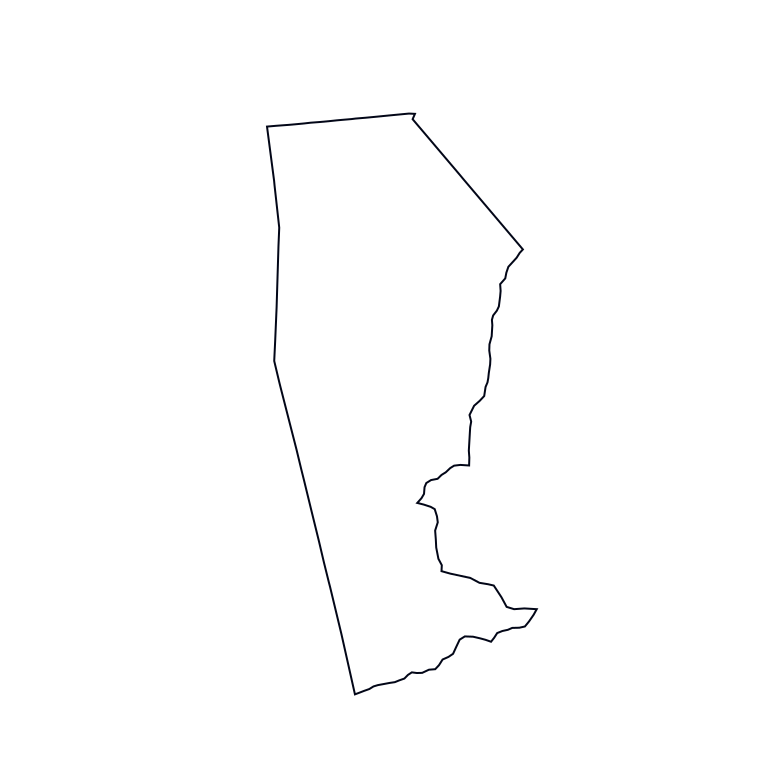 São José da Tapera, Alagoas, Brazil, rotated 238°
{"feature_id": "56859067B81495136309648", "entity_name": "São José da Tapera", "entity_type": "district", "adm_level": 2, "iso_a3": "BRA", "parent_name": "Brazil", "parent_adm1": "Alagoas", "projection": "albers", "projection_center": [-37.538, -9.529], "detail": "fine", "context": "isolated", "style": "outline", "palette": "ink", "viewbox_px": 768, "rotation_deg": 238, "n_neighbors": 0, "source": "geoboundaries", "source_scale": "gbopen_adm2", "svg_char_len": 1930}
<svg xmlns="http://www.w3.org/2000/svg" viewBox="0 0 768 768"><g transform="rotate(238 384 384)"><path d="M461.7,303.1L441.2,296.2L436.6,294.7L374.9,275.1L355.7,268.7L344.6,265.1L317.1,256.0L284.8,245.4L264.5,238.5L245.2,232.2L240.4,230.7L194.3,215.3L136.2,194.9L135.2,199.8L134.3,204.5L133.1,209.9L133.1,214.8L131.9,219.2L129.3,225.8L127.5,230.4L125.4,235.2L124.6,239.8L123.4,245.2L124.6,250.1L124.7,254.8L121.5,258.7L118.8,263.3L117.9,270.7L115.0,276.3L116.4,281.6L119.3,287.7L118.4,294.0L118.6,299.6L123.0,306.3L127.1,312.7L127.1,318.8L122.5,325.6L117.3,330.8L113.3,334.5L108.7,338.2L110.4,342.9L112.8,348.0L111.8,353.5L109.9,358.8L109.2,363.5L105.6,369.6L103.7,375.0L105.8,381.2L109.0,388.6L112.1,394.2L119.3,384.1L124.1,375.0L130.0,369.9L140.9,370.6L154.9,370.3L159.0,366.2L164.8,359.6L173.8,354.4L188.1,339.7L194.8,333.6L199.7,337.0L206.9,337.5L217.6,341.6L224.6,345.5L232.6,349.7L238.2,356.3L243.7,358.8L251.0,360.7L255.1,358.5L260.7,353.8L265.5,349.2L267.3,355.3L269.6,359.7L275.0,363.7L277.6,367.4L277.6,373.0L275.2,379.2L276.4,384.6L276.4,389.7L277.6,395.6L277.6,400.2L274.9,405.9L269.8,413.0L276.4,417.4L282.5,420.6L297.9,431.5L301.8,434.3L305.9,438.0L312.4,440.1L317.8,448.9L319.0,456.2L320.7,462.6L327.7,468.6L330.5,472.6L333.8,475.6L337.9,478.8L344.4,484.4L349.0,487.6L356.6,491.0L361.8,494.5L367.4,500.6L376.4,507.0L381.2,509.5L384.3,512.9L386.4,518.6L388.9,522.5L396.6,528.8L401.1,532.2L407.1,535.4L409.3,542.8L413.6,546.8L417.5,551.6L420.8,563.4L423.3,568.6L424.5,573.1L514.7,560.0L522.0,559.0L593.4,548.6L596.7,553.4L600.1,548.5L602.8,543.1L605.0,538.7L608.8,531.1L613.9,520.8L616.1,516.4L619.5,509.6L624.1,500.7L626.0,496.6L629.4,490.0L632.5,483.9L636.0,476.7L638.1,472.5L640.5,467.8L644.4,460.4L647.3,454.3L651.0,446.9L654.1,440.8L659.9,429.8L664.3,421.2L614.6,398.5L610.4,396.4L572.1,378.0L556.9,367.6L552.7,364.8L506.0,333.6L478.0,314.4L461.7,303.1Z" fill="none" stroke="#020617" stroke-width="2"/></g></svg>